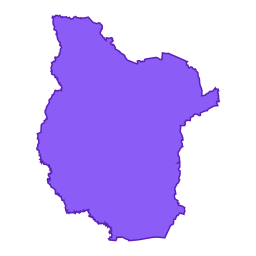 Nong Song Hong, Khon Kaen, Thailand
{"feature_id": "78962969B38017205810186", "entity_name": "Nong Song Hong", "entity_type": "district", "adm_level": 2, "iso_a3": "THA", "parent_name": "Thailand", "parent_adm1": "Khon Kaen", "projection": "natural_earth1", "projection_center": [102.768, 15.769], "detail": "fine", "context": "isolated", "style": "filled", "palette": "violet", "viewbox_px": 256, "rotation_deg": 0, "n_neighbors": 0, "source": "geoboundaries", "source_scale": "gbopen_adm2", "svg_char_len": 5660}
<svg xmlns="http://www.w3.org/2000/svg" viewBox="0 0 256 256"><path d="M152.7,237.3L157.5,237.1L164.8,237.8L170.6,225.4L173.4,224.0L173.7,220.0L174.1,219.1L175.4,219.2L176.7,215.5L177.8,215.6L179.9,213.0L184.0,214.3L184.0,213.1L184.8,211.6L184.4,208.8L184.7,207.7L182.0,206.0L178.6,205.3L178.9,203.3L177.6,203.3L177.8,200.6L175.0,199.1L174.3,196.0L174.5,194.2L175.6,194.3L175.7,193.3L174.7,188.4L177.1,183.7L178.4,182.8L179.6,179.7L179.0,179.5L179.0,177.6L180.0,174.7L180.0,170.8L178.8,170.1L178.4,169.0L179.8,167.0L179.7,163.0L177.8,162.9L179.9,161.8L179.4,160.4L179.4,157.2L178.4,156.0L178.6,155.1L177.8,153.8L177.9,153.1L180.6,148.2L182.8,146.3L182.2,145.7L182.3,144.1L181.4,141.9L181.7,140.1L182.8,140.2L182.9,138.7L182.2,135.9L180.2,131.7L180.7,127.1L180.3,125.6L184.6,125.6L185.4,123.8L184.5,122.5L185.9,121.3L186.1,120.3L190.3,120.5L190.5,117.4L193.3,116.2L194.4,114.0L196.9,114.2L199.0,115.5L200.1,115.5L200.4,115.3L200.4,112.8L206.1,110.6L207.1,110.8L208.4,108.9L214.0,106.0L217.8,105.6L216.4,102.2L217.1,101.1L218.0,101.7L218.5,101.3L218.9,101.7L219.2,101.2L218.7,98.8L218.0,98.6L218.6,97.4L218.6,95.7L218.0,95.2L218.3,93.5L217.6,92.7L217.8,91.2L218.6,91.0L218.2,89.2L216.0,89.2L215.9,88.7L215.3,88.9L215.2,88.1L214.6,88.8L214.8,89.3L214.0,89.5L213.0,91.2L209.8,91.4L208.1,93.3L207.2,93.4L205.8,94.4L205.6,95.1L201.8,95.8L201.9,90.1L199.8,84.3L199.3,78.4L198.1,76.3L197.8,72.5L196.0,70.9L195.8,69.7L195.2,69.6L195.1,69.0L194.3,69.2L192.9,68.5L192.1,67.3L191.0,66.9L188.7,68.0L187.8,65.1L186.5,64.9L186.3,62.7L187.4,61.7L168.3,53.3L166.6,53.6L162.5,52.9L161.8,59.5L159.9,59.5L158.2,58.2L156.1,57.4L145.4,59.1L144.6,59.7L144.4,61.3L143.6,61.6L142.4,61.1L141.2,62.0L139.9,60.9L138.6,60.6L137.3,61.1L137.7,63.0L137.0,63.9L127.3,60.1L125.4,57.6L124.4,55.2L119.9,52.4L119.9,51.8L118.9,51.0L115.8,49.3L115.1,48.6L115.3,47.5L113.8,44.9L112.5,44.3L112.2,45.0L110.7,43.9L110.7,42.8L112.9,41.2L113.1,40.4L112.2,39.5L112.5,38.4L111.6,37.7L109.1,38.3L106.3,37.8L106.0,40.5L104.4,39.0L104.1,37.8L102.6,36.9L102.3,35.7L100.5,34.2L100.2,32.1L100.8,31.6L101.3,29.3L101.8,29.4L102.3,28.4L102.0,27.9L102.4,26.5L101.9,25.2L100.1,23.6L100.1,23.2L98.4,22.9L96.6,23.7L92.7,22.2L88.2,17.1L83.8,18.2L82.0,17.9L80.8,18.6L80.3,17.8L79.7,18.1L77.2,17.6L75.4,16.5L75.1,17.0L74.1,17.0L72.7,18.7L70.6,19.0L69.4,17.4L67.5,17.9L66.4,16.8L63.5,17.2L62.2,16.6L61.8,17.5L60.9,17.4L59.9,15.4L58.4,16.1L57.4,15.5L55.8,15.4L55.1,16.8L54.1,16.3L53.6,16.8L52.6,16.4L52.2,18.0L53.4,18.7L53.5,19.2L53.0,21.3L53.2,24.3L54.5,26.3L54.0,29.7L56.3,30.6L56.7,32.2L56.2,34.2L57.1,33.9L57.0,36.6L57.4,37.2L57.5,38.8L59.4,42.2L60.1,42.4L60.4,43.2L59.7,44.7L60.0,45.5L60.6,45.5L61.6,47.0L60.4,49.3L60.2,52.2L59.2,53.8L59.6,54.1L59.3,55.2L57.3,57.4L55.1,57.1L54.8,57.8L55.8,59.3L55.3,59.5L55.4,60.4L54.9,61.5L54.1,61.2L52.5,62.1L52.3,62.8L51.6,62.9L52.3,64.5L51.1,67.6L51.2,68.9L52.1,70.5L51.8,71.0L51.3,70.7L51.0,71.4L51.5,71.7L51.9,74.3L54.6,75.1L54.9,76.3L55.4,76.8L55.0,77.1L55.3,77.7L57.0,77.5L57.0,78.4L57.6,79.1L57.0,79.5L58.4,81.8L58.4,82.6L58.8,83.1L59.0,82.5L59.8,83.0L59.6,84.7L60.9,85.0L60.8,85.6L61.7,86.9L61.8,88.1L61.0,89.0L61.5,90.5L58.9,90.3L57.5,90.9L55.2,90.3L53.6,94.6L52.4,94.7L51.2,98.2L49.4,99.4L49.0,100.8L49.4,101.8L48.9,103.4L46.6,106.7L46.3,108.8L45.2,110.5L45.1,112.7L46.7,116.3L47.3,118.8L46.1,118.8L45.9,119.8L44.2,120.7L44.5,122.0L44.0,123.0L42.3,123.6L41.3,124.9L40.9,132.4L37.3,133.8L38.1,135.7L37.4,138.8L38.6,139.4L38.8,143.1L37.8,144.5L37.9,146.2L36.8,148.3L37.2,149.8L38.6,150.1L39.4,151.2L38.9,152.0L39.2,153.0L40.2,154.3L40.0,155.3L39.4,155.4L40.8,156.9L40.9,157.9L40.4,158.6L40.8,159.1L40.2,159.5L41.2,159.7L40.5,162.0L41.1,162.1L41.5,162.9L41.7,162.1L42.5,162.2L42.3,161.3L42.8,161.3L43.1,163.0L44.0,163.0L43.9,164.2L45.7,164.4L46.0,164.0L46.5,164.8L47.9,165.0L48.2,165.7L48.5,165.0L49.1,165.0L49.5,165.5L49.3,167.5L50.2,168.8L50.5,168.3L51.1,168.5L51.1,169.6L50.6,169.4L50.6,170.0L50.0,170.2L51.3,171.3L51.2,171.7L51.7,171.7L51.3,173.1L49.8,173.3L49.8,174.2L48.9,173.6L48.4,173.9L48.4,175.4L50.3,178.7L49.7,179.1L49.7,179.7L48.8,178.8L47.7,178.7L47.4,180.3L48.3,180.9L47.8,181.1L47.9,182.8L49.3,183.7L49.5,184.5L50.4,184.5L51.1,187.0L53.5,188.2L55.7,190.7L55.2,191.7L55.6,194.0L56.3,194.1L56.4,193.5L57.1,193.3L57.3,194.5L57.7,194.7L58.0,193.6L58.6,193.5L59.1,195.0L58.8,195.5L59.7,196.2L61.2,196.5L61.0,197.4L61.9,199.0L61.8,200.0L62.5,200.0L62.7,200.5L64.0,200.3L64.0,201.9L65.8,206.0L65.2,207.8L65.8,208.8L65.6,209.7L66.1,211.0L67.3,210.5L66.6,211.7L67.0,213.1L68.2,212.5L68.9,213.3L69.3,212.3L69.9,212.2L70.3,212.8L73.9,212.6L74.2,213.5L74.4,211.3L75.3,212.2L75.0,212.7L75.3,213.4L76.8,211.5L77.4,212.2L78.9,211.5L79.2,213.0L80.6,212.0L80.8,211.1L82.7,211.7L83.8,211.1L83.6,210.1L84.4,210.5L84.5,211.3L86.2,210.1L87.5,210.6L88.0,209.5L88.8,209.6L88.2,211.7L88.8,212.9L89.7,213.4L89.5,214.1L90.2,214.7L89.7,215.8L89.0,215.9L89.1,216.4L90.2,216.7L90.8,216.3L91.3,217.3L92.5,216.6L92.6,217.4L93.4,217.7L93.3,219.2L94.0,219.7L94.9,219.4L95.2,219.9L95.0,220.8L97.0,222.0L97.7,221.7L97.7,222.9L98.6,222.9L98.6,223.9L100.5,223.4L101.0,223.8L101.7,223.2L103.2,223.4L103.7,224.2L104.5,223.6L105.1,224.7L105.2,222.8L105.8,223.8L106.4,223.7L106.2,225.6L107.0,225.7L107.5,225.0L107.6,226.5L108.2,225.5L109.1,226.4L108.9,227.0L110.5,227.1L110.4,228.0L111.2,228.2L110.5,229.0L111.5,230.1L111.6,230.9L110.9,230.9L110.3,231.9L109.6,231.1L109.1,232.1L109.8,233.4L110.4,232.7L111.2,232.8L112.1,235.4L111.6,235.9L111.5,237.4L110.0,237.0L109.7,238.1L108.6,238.8L109.3,239.9L115.8,240.6L116.8,238.5L116.6,237.2L120.1,237.4L120.2,236.9L122.9,237.4L126.7,239.3L128.7,239.8L128.8,240.6L130.0,240.6L138.9,239.7L152.7,237.3Z" fill="#8b5cf6" stroke="#5b21b6" stroke-width="1.5"/></svg>